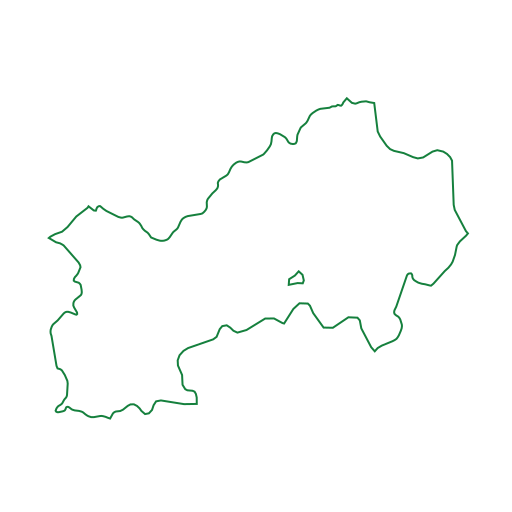 SVG path tracing the border of Potenza, rotated 85°
{"feature_id": "ITA-5390", "entity_name": "Potenza", "entity_type": "Province", "adm_level": 1, "iso_a3": "ITA", "parent_name": "Italy", "parent_adm1": "", "projection": "robinson", "projection_center": [15.898, 40.519], "detail": "fine", "context": "isolated", "style": "outline", "palette": "green", "viewbox_px": 512, "rotation_deg": 85, "n_neighbors": 0, "source": "natural_earth", "source_scale": "10m", "svg_char_len": 4827}
<svg xmlns="http://www.w3.org/2000/svg" viewBox="0 0 512 512"><g transform="rotate(85 256 256)"><path d="M220.0,460.8L218.8,459.1L216.7,454.2L214.9,447.1L210.7,441.2L201.0,431.6L193.3,419.6L191.9,418.5L196.5,413.6L196.9,411.6L196.0,411.1L195.0,410.8L194.2,410.3L193.3,409.6L192.6,407.9L192.8,406.8L195.6,404.1L198.1,401.1L205.1,389.7L206.1,386.9L206.2,385.5L205.4,381.1L205.3,378.8L205.8,377.4L206.5,376.3L208.9,374.2L211.8,370.6L212.9,369.5L213.8,368.9L216.0,367.7L218.3,366.8L219.6,365.9L221.1,364.6L223.3,362.0L224.9,360.8L228.4,358.9L231.1,353.7L232.3,350.6L232.6,349.3L232.7,347.8L232.7,346.3L232.3,344.4L231.9,343.1L231.3,342.0L229.7,340.3L226.0,337.3L225.1,336.5L224.4,335.6L222.5,332.8L221.7,331.9L220.8,331.2L215.3,328.2L213.3,326.7L212.5,325.8L211.9,324.9L210.9,322.8L210.3,320.5L209.3,307.5L208.9,305.7L207.5,303.8L205.9,302.2L204.9,301.5L203.8,300.9L202.5,300.6L198.2,300.4L196.9,300.0L195.7,299.5L194.7,298.8L189.8,294.0L186.9,290.3L185.3,288.7L184.1,288.1L182.9,287.7L181.4,287.6L180.0,287.7L178.4,287.0L176.6,285.3L173.3,278.5L172.2,277.0L170.2,275.6L166.9,273.8L165.0,272.4L163.9,271.3L162.8,270.0L161.3,267.6L160.7,266.0L160.4,264.4L160.5,263.2L160.7,262.2L161.6,259.5L162.0,257.1L161.8,255.4L155.6,240.0L154.9,239.1L151.7,235.8L148.0,232.7L145.9,231.4L143.2,230.6L139.9,230.0L138.1,229.5L136.3,228.2L135.5,227.1L135.2,225.9L135.3,225.1L135.6,224.0L136.0,223.0L136.8,221.4L140.1,216.9L141.0,216.1L142.0,215.4L145.3,213.8L146.3,212.9L147.1,211.7L147.7,209.4L147.6,207.8L147.2,206.6L146.2,205.9L145.0,205.3L140.3,204.5L138.8,204.1L132.4,200.5L131.6,199.8L128.3,195.1L127.5,194.2L125.7,192.8L121.2,190.2L119.9,189.0L118.5,187.1L116.4,183.3L115.5,181.0L115.0,179.1L114.7,169.8L113.6,167.2L113.7,165.2L113.8,163.7L113.4,162.7L112.6,161.6L112.8,160.6L113.3,159.6L113.7,158.2L113.2,157.4L111.9,156.3L110.7,155.7L106.8,151.8L111.8,147.1L112.9,143.9L112.7,142.5L111.8,139.6L111.5,137.3L111.5,132.8L112.8,129.3L113.9,124.9L142.6,123.9L147.8,121.9L157.6,116.2L161.2,113.1L163.3,109.4L166.4,99.8L171.2,90.9L172.9,86.3L172.4,80.9L167.4,71.1L166.4,66.2L168.3,60.4L171.0,56.8L174.4,54.0L178.1,52.4L222.3,54.6L227.4,54.0L249.5,44.7L252.0,42.9L254.1,45.0L259.2,51.6L262.6,54.6L263.9,55.2L272.4,57.7L278.8,60.6L281.4,62.4L284.5,65.4L287.4,69.2L299.0,81.6L300.8,84.2L300.5,85.5L298.9,90.0L298.1,93.2L297.1,95.7L296.6,96.8L295.2,98.8L293.8,100.6L292.9,101.2L292.1,101.7L291.4,101.9L290.3,102.1L289.1,102.0L287.8,102.3L286.8,103.1L286.8,105.2L287.4,106.4L288.5,107.3L318.7,120.7L321.8,122.6L323.0,123.1L324.4,123.3L325.6,123.1L326.5,122.4L327.4,121.5L328.8,119.6L329.7,118.9L330.7,118.3L331.9,117.8L337.0,116.7L338.5,116.7L340.7,117.2L343.2,118.3L347.5,120.6L349.4,122.0L350.8,123.3L351.9,125.3L352.8,127.5L356.2,138.4L358.3,142.8L361.3,146.0L356.9,149.2L337.3,157.4L329.2,158.2L326.3,160.3L325.1,169.3L334.2,185.7L333.2,194.9L317.9,204.0L310.2,206.6L307.9,208.5L306.9,216.8L312.0,223.4L325.7,233.9L325.1,235.5L319.8,243.5L319.1,252.3L328.9,271.9L330.7,281.2L328.5,285.0L325.1,287.9L322.5,291.2L322.9,295.7L325.7,298.5L333.1,302.3L335.3,305.9L341.8,331.7L344.2,336.5L348.2,340.8L353.1,343.1L358.3,343.3L368.1,340.0L377.9,340.4L382.5,338.1L383.8,336.1L384.7,331.0L385.8,329.0L388.2,327.9L391.8,327.4L398.2,327.9L397.3,340.6L391.6,363.3L392.1,368.2L395.7,371.0L400.3,373.0L403.4,376.4L403.8,380.3L400.3,383.7L397.7,385.2L395.0,387.6L393.1,390.6L392.9,394.0L394.1,396.8L397.5,401.9L398.6,404.8L398.7,409.1L399.2,410.7L400.3,412.2L405.2,415.5L404.4,417.4L403.1,419.9L402.2,422.4L401.9,423.7L401.8,425.0L402.4,431.6L402.3,432.9L402.1,434.4L402.0,434.6L401.0,436.9L400.3,438.0L398.8,439.8L397.2,441.4L396.4,442.3L395.8,443.4L394.9,445.8L394.0,450.1L393.5,451.3L393.0,452.5L392.3,453.4L390.7,455.1L390.0,456.1L389.8,457.1L390.1,458.1L391.0,458.7L392.2,459.2L393.1,459.9L393.6,460.9L393.9,462.2L394.4,466.1L394.3,467.5L393.7,468.6L392.7,469.1L390.5,468.1L389.3,467.1L388.3,466.0L387.3,463.9L386.7,462.9L386.0,462.0L385.0,461.3L383.0,460.0L382.0,459.2L380.5,457.6L379.5,456.9L378.1,456.4L366.7,454.7L364.0,454.8L358.0,456.8L353.1,459.3L352.3,460.1L351.6,461.1L350.7,463.5L348.1,464.3L317.8,466.7L315.2,467.3L313.6,467.3L311.7,467.0L308.9,465.8L307.4,464.9L306.3,463.9L302.9,459.2L296.5,452.6L295.8,451.6L295.3,450.6L295.1,449.4L295.2,448.0L296.2,445.4L298.5,441.0L298.8,439.9L298.2,439.2L296.7,439.2L291.4,441.7L289.4,442.3L287.0,442.0L285.6,441.4L284.4,440.5L283.6,439.6L280.0,434.3L279.5,433.7L278.5,433.1L276.9,432.7L274.3,432.7L269.5,433.2L268.3,433.9L267.2,434.9L265.7,438.7L264.7,439.7L263.0,439.4L261.9,438.7L260.9,437.9L260.2,437.0L258.5,435.4L257.4,434.6L251.9,431.8L249.9,432.0L247.0,433.3L228.7,446.7L227.7,448.0L226.3,450.1L224.9,454.0L220.7,459.8L220.0,460.8ZM287.6,225.9L286.6,216.9L287.3,211.8L284.5,210.5L278.8,211.3L275.0,214.8L278.9,219.0L282.0,225.0L287.6,225.9Z" fill="none" stroke="#15803d" stroke-width="2"/></g></svg>